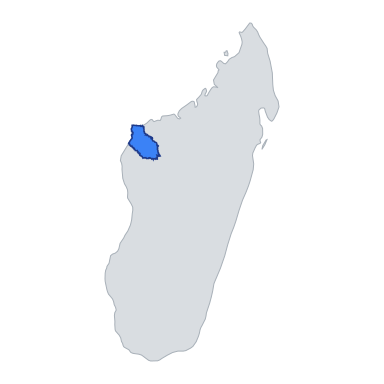 Besalampy, Melaky, Madagascar shown in context
{"feature_id": "10022922B83460232588272", "entity_name": "Besalampy", "entity_type": "district", "adm_level": 2, "iso_a3": "MDG", "parent_name": "Madagascar", "parent_adm1": "Melaky", "projection": "albers", "projection_center": [45.158, -16.857], "detail": "fine", "context": "in_parent", "style": "filled", "palette": "blue", "viewbox_px": 384, "rotation_deg": 0, "n_neighbors": 0, "source": "geoboundaries", "source_scale": "gbopen_adm2", "svg_char_len": 8183}
<svg xmlns="http://www.w3.org/2000/svg" viewBox="0 0 384 384"><path d="M257.7,32.1L258.7,34.7L260.0,37.3L264.0,43.5L265.7,45.9L267.1,48.4L267.7,53.4L270.1,61.2L272.3,72.9L272.8,84.8L273.4,90.3L275.1,95.5L278.1,101.0L279.0,106.9L276.9,113.0L274.0,118.7L273.3,119.8L271.9,121.2L271.4,121.2L269.2,119.6L267.5,117.1L265.3,111.3L264.6,108.4L263.6,107.9L261.0,108.1L259.0,109.9L258.6,111.0L259.0,114.3L259.6,117.2L259.9,120.1L259.9,123.9L260.5,125.0L261.6,126.0L262.6,128.5L262.7,134.3L261.9,137.2L260.0,139.7L260.1,141.1L260.7,142.5L260.1,143.4L257.5,144.4L256.5,145.3L255.1,147.9L252.8,153.1L252.5,155.7L253.7,163.9L253.2,169.6L250.2,180.6L248.5,185.8L246.1,192.0L242.5,200.2L239.0,210.5L235.9,221.0L233.7,227.4L231.2,233.6L227.7,244.7L224.7,255.9L220.4,268.3L214.6,282.0L213.9,283.8L212.7,290.9L211.3,297.0L209.7,303.0L206.4,313.0L206.0,316.0L205.3,319.0L202.2,325.2L200.9,327.5L200.0,330.0L199.4,333.1L198.5,336.1L196.2,341.7L192.9,346.4L190.6,348.1L185.8,350.6L183.3,351.1L177.9,351.1L172.6,352.5L167.1,355.3L161.9,358.4L159.8,359.9L157.6,360.8L150.7,361.0L148.6,360.3L141.6,355.1L138.9,354.2L133.8,353.5L132.3,353.1L130.8,352.4L128.8,349.7L124.6,347.4L123.7,346.7L123.0,345.1L122.6,343.4L121.5,341.5L120.7,337.9L119.3,335.3L115.5,330.9L115.1,329.4L114.8,324.6L114.9,321.4L114.4,315.5L114.8,312.7L116.2,310.1L115.6,307.4L114.2,304.6L113.6,301.6L112.5,298.9L108.5,294.1L107.5,291.7L106.8,289.2L105.2,281.5L105.0,278.8L105.2,273.1L105.7,270.2L106.7,268.1L106.9,266.6L107.6,265.3L108.5,264.2L109.1,263.0L110.6,255.7L112.5,254.1L115.3,253.1L117.6,251.2L118.9,248.6L120.1,243.3L123.7,238.0L125.0,235.2L127.8,231.0L130.4,225.1L131.1,222.3L131.7,219.5L132.3,213.3L132.8,210.2L132.7,207.1L131.2,203.9L127.7,198.2L127.5,197.1L127.8,192.9L127.5,189.8L126.2,186.7L124.5,183.8L122.8,178.4L122.0,169.5L122.1,166.2L121.6,163.3L120.4,160.6L121.2,155.8L131.8,138.4L132.1,136.4L131.7,131.1L131.9,128.0L132.3,126.8L133.1,126.2L134.9,125.8L143.5,125.1L144.7,124.5L146.8,123.1L149.8,120.2L151.1,119.4L152.3,119.7L153.1,120.9L154.0,121.6L157.5,120.3L158.9,120.3L160.2,120.5L160.9,119.3L161.3,117.7L161.8,116.6L162.7,116.0L167.2,115.7L170.1,115.2L173.8,114.1L174.6,114.4L177.6,118.3L178.5,118.7L179.7,118.9L180.7,118.1L178.3,116.1L177.9,114.9L178.0,113.5L179.4,110.7L181.6,108.5L186.4,105.2L191.5,101.4L193.0,101.2L194.2,101.8L195.1,106.3L195.0,107.1L195.8,107.2L196.7,106.6L197.6,104.8L197.6,103.3L197.0,101.9L196.7,100.6L196.6,99.5L199.2,96.8L201.3,94.3L202.2,91.3L203.1,89.9L205.2,88.3L205.8,88.6L206.3,89.9L206.6,91.2L206.0,92.6L205.2,93.9L204.9,95.7L206.1,96.0L207.2,95.6L208.9,92.4L210.8,89.4L212.0,87.8L213.4,86.8L215.7,87.0L218.0,87.7L214.3,84.4L213.5,80.0L218.0,72.5L218.1,70.9L218.7,70.4L219.0,69.8L216.8,67.2L216.4,65.9L216.7,64.0L217.8,62.3L218.8,61.1L220.3,60.7L221.4,61.3L223.8,63.5L225.5,63.8L227.5,61.8L229.2,59.3L231.8,57.6L234.6,56.6L239.0,52.7L241.9,44.4L242.2,42.0L241.6,39.0L240.7,36.2L239.1,32.7L239.5,31.9L241.9,32.4L242.7,31.9L245.3,28.9L249.7,23.0L251.1,23.1L252.2,24.2L252.7,25.8L253.5,27.1L256.3,29.9L257.7,32.1ZM227.8,54.9L227.8,55.8L224.6,55.4L224.1,52.3L225.7,52.2L226.1,50.9L227.0,50.7L228.0,53.6L227.8,54.9ZM264.8,144.8L261.9,149.4L262.8,145.5L266.1,140.0L267.0,139.6L264.8,144.8Z" fill="#d9dde1" stroke="#a8b0b8" stroke-width="1"/><path d="M142.6,125.7L142.5,125.9L142.3,125.9L142.1,126.2L141.9,126.1L141.7,126.1L141.8,126.2L141.7,126.2L141.4,126.3L141.3,126.2L141.3,126.3L141.2,126.3L141.3,126.4L141.1,126.3L140.8,126.4L140.7,126.3L141.0,126.0L140.8,125.7L140.6,125.8L140.5,125.7L138.7,125.8L138.3,125.8L137.9,125.6L137.2,125.7L136.9,125.7L136.7,125.7L136.5,125.4L136.3,125.5L136.1,125.5L135.1,125.4L134.1,125.3L133.7,125.3L133.2,125.1L133.0,125.3L132.5,125.3L132.6,125.5L132.5,125.4L132.1,125.6L132.2,126.0L132.3,126.1L132.3,126.4L132.3,126.5L132.2,126.5L132.1,126.8L132.2,127.0L131.8,128.1L131.7,128.3L131.3,128.8L131.4,129.1L131.3,129.7L131.3,129.9L131.8,130.5L131.9,130.9L132.1,131.4L132.1,131.5L132.3,131.7L132.2,131.7L132.3,131.8L132.2,131.7L132.4,132.2L132.7,132.6L132.9,133.0L132.9,133.3L132.6,134.6L132.1,134.8L131.8,135.2L131.8,134.5L131.8,134.4L131.7,134.4L131.4,135.1L131.9,136.3L132.1,137.2L132.2,137.5L132.1,138.2L132.0,138.3L132.0,138.5L131.8,138.8L131.5,138.9L131.2,139.3L130.9,139.7L130.7,140.2L130.3,140.6L130.1,140.7L129.7,141.7L129.3,142.1L129.1,142.4L128.8,142.9L128.8,143.0L129.0,143.1L128.9,143.2L129.2,143.3L129.1,143.5L129.3,143.5L129.2,143.8L129.5,144.1L129.4,144.3L129.5,144.5L129.4,144.8L129.8,144.9L129.9,145.0L130.0,144.9L130.2,145.1L130.1,145.4L130.3,145.6L130.4,145.9L130.5,146.0L130.4,146.0L130.7,146.0L131.0,146.2L130.8,146.2L130.9,146.3L131.2,146.4L131.3,146.4L131.2,146.3L131.4,146.2L131.6,146.4L131.9,146.4L132.0,146.2L132.1,146.4L132.0,146.7L132.2,146.8L132.4,146.9L132.4,147.3L132.6,147.3L132.7,147.6L133.1,147.5L133.4,147.6L133.5,147.9L133.6,148.0L133.4,148.1L133.5,148.3L133.7,148.2L133.9,148.5L134.0,148.5L134.1,148.4L134.2,148.6L134.4,148.6L134.5,148.8L134.4,149.0L134.5,149.1L134.4,149.4L134.5,149.4L134.8,149.5L135.3,150.3L135.3,150.5L135.7,150.5L136.0,150.7L136.6,150.7L136.9,150.6L137.1,150.7L137.3,150.6L137.4,150.9L137.4,151.0L137.7,151.5L137.6,151.8L138.0,151.9L137.8,152.2L138.0,152.3L138.1,152.7L138.1,152.9L138.4,153.0L138.5,153.0L138.9,153.1L139.0,153.1L139.4,153.2L139.6,153.1L139.7,153.3L139.8,153.4L139.7,153.5L139.9,153.5L140.0,153.7L139.8,154.4L139.9,154.5L139.7,154.8L139.9,155.2L139.9,155.4L140.6,155.8L140.8,155.7L141.3,156.1L141.7,156.1L141.9,156.3L142.2,156.6L142.2,156.9L142.7,157.5L142.7,157.8L142.9,158.1L143.0,158.0L143.5,157.8L143.8,158.0L144.1,158.0L144.5,157.7L144.9,157.7L145.1,158.0L145.3,158.0L145.8,157.7L145.9,157.9L146.0,157.9L146.0,158.1L146.4,158.3L146.7,158.6L146.9,158.6L147.1,158.6L147.5,158.4L148.0,158.3L148.4,158.5L148.7,158.5L148.9,157.8L149.1,157.8L149.5,157.7L149.8,158.0L149.9,157.9L150.1,158.0L150.2,157.9L150.5,158.3L150.9,158.3L151.3,158.6L151.5,158.6L151.6,158.9L151.8,158.7L152.0,158.6L152.4,158.5L152.8,158.9L152.8,159.1L153.1,159.2L153.2,159.4L153.3,158.9L153.5,158.7L153.8,158.9L154.2,158.7L154.5,158.8L154.6,159.0L154.8,159.0L154.8,158.7L155.1,158.7L155.4,158.9L155.6,159.0L155.7,158.8L155.8,159.0L155.9,158.9L156.4,158.9L156.6,158.6L156.9,159.1L157.2,159.2L157.4,159.0L157.2,158.6L157.2,158.4L157.2,158.1L157.1,157.9L157.3,157.9L157.4,157.7L157.1,157.3L157.0,157.2L157.3,156.2L157.2,155.8L157.1,155.7L157.0,155.4L157.2,155.5L157.3,155.5L157.5,155.5L157.7,155.9L158.0,156.1L158.5,156.2L158.8,156.2L159.2,156.0L159.4,155.9L159.3,155.7L159.6,155.8L159.8,156.1L160.2,156.0L159.9,155.5L159.6,155.4L159.4,155.2L159.5,154.9L159.3,154.8L159.2,154.6L159.1,154.3L158.6,154.3L158.3,153.9L158.5,153.7L158.5,153.4L158.6,153.2L158.6,152.9L158.4,152.6L158.2,152.5L158.1,152.4L158.1,152.2L157.9,151.8L158.0,151.5L157.9,151.3L158.0,151.1L157.9,150.9L158.0,150.7L157.4,149.6L157.4,149.4L157.6,149.2L157.5,148.9L157.7,148.7L157.4,148.1L157.6,147.7L157.4,147.1L157.4,146.8L157.5,146.9L157.6,146.7L157.7,146.8L157.9,146.6L157.8,146.4L158.3,145.9L158.0,145.5L157.8,145.5L157.6,145.6L157.0,145.4L157.0,145.1L157.1,144.7L156.8,144.3L156.8,143.8L156.7,143.3L156.5,142.8L155.7,142.3L155.0,142.2L154.7,142.1L154.5,141.5L154.1,141.2L153.5,141.0L153.3,141.0L153.0,140.8L152.9,140.9L152.7,140.7L152.6,140.3L152.5,140.2L152.4,139.8L152.3,139.7L152.1,139.4L152.1,139.2L152.3,139.1L152.4,138.7L152.2,138.7L152.3,138.5L152.2,138.4L152.4,138.0L152.3,137.7L152.1,137.7L152.1,137.8L152.0,137.7L151.8,137.8L151.6,137.7L151.5,137.8L151.4,137.7L151.3,137.8L151.3,137.7L151.1,137.9L151.0,137.7L150.9,137.8L150.8,137.3L150.7,137.2L150.8,137.0L150.3,136.7L150.2,136.5L150.0,136.4L149.8,136.6L149.7,136.5L149.4,136.7L149.1,136.6L149.0,136.4L148.9,136.5L148.8,136.3L148.8,136.1L148.3,135.8L147.9,135.3L147.6,135.2L147.5,134.9L147.0,135.4L146.7,135.0L146.4,135.1L146.2,135.0L145.6,134.9L146.0,134.5L146.0,134.3L146.0,134.1L145.8,134.0L145.8,133.7L145.7,133.6L145.0,133.3L144.6,133.3L144.3,132.9L144.3,132.6L144.4,132.3L144.4,131.7L144.2,131.3L143.8,131.1L144.0,130.3L144.0,129.5L144.0,129.2L143.8,128.8L143.6,128.3L143.6,127.8L143.7,127.2L143.8,127.2L143.9,127.3L143.9,127.2L143.8,126.8L143.6,126.8L143.4,126.9L143.4,126.7L143.2,126.7L142.9,126.1L142.6,125.7Z" fill="#3b82f6" stroke="#1e3a8a" stroke-width="1.5"/></svg>